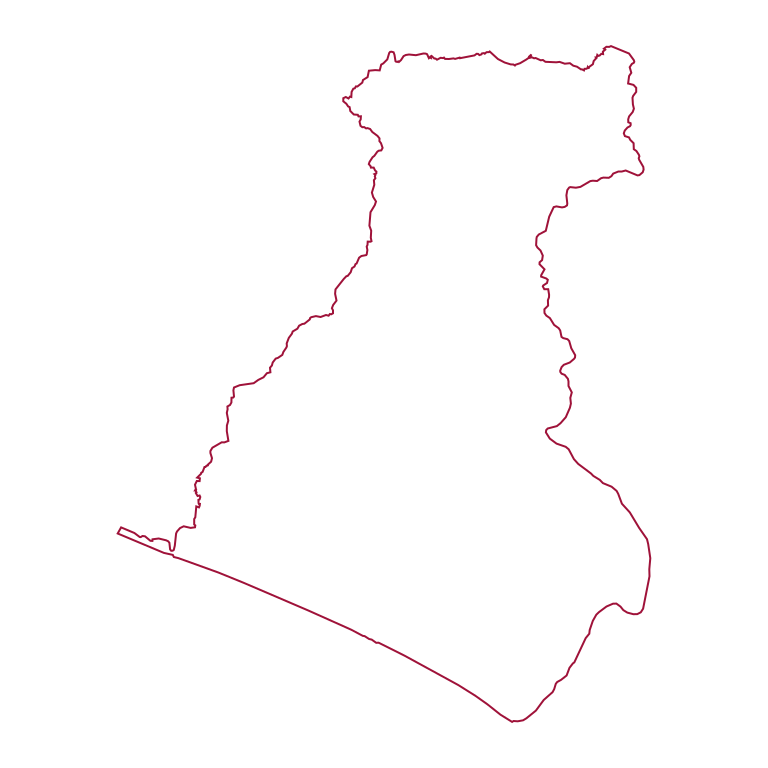 outline of Kulon Progo, Yogyakarta, Indonesia
{"feature_id": "22746128B43033686501526", "entity_name": "Kulon Progo", "entity_type": "district", "adm_level": 2, "iso_a3": "IDN", "parent_name": "Indonesia", "parent_adm1": "Yogyakarta", "projection": "orthographic", "projection_center": [110.154, -7.813], "detail": "fine", "context": "isolated", "style": "outline", "palette": "rose", "viewbox_px": 768, "rotation_deg": 0, "n_neighbors": 0, "source": "geoboundaries", "source_scale": "gbopen_adm2", "svg_char_len": 5998}
<svg xmlns="http://www.w3.org/2000/svg" viewBox="0 0 768 768"><path d="M571.8,392.4L568.5,386.0L568.5,381.4L567.9,378.8L564.7,374.9L561.6,373.7L560.3,371.9L560.2,370.7L561.6,367.1L563.8,364.8L569.8,362.5L574.1,358.8L575.0,357.5L575.2,355.2L571.3,348.3L569.2,341.0L567.5,339.2L563.2,338.1L561.5,336.9L560.2,330.5L558.7,328.2L554.1,324.9L549.9,318.1L546.3,315.6L544.5,313.0L544.4,309.3L548.1,305.6L547.9,300.2L549.0,297.3L549.1,294.8L548.2,289.2L544.3,289.2L542.8,286.4L543.2,285.5L547.0,283.0L547.8,279.8L546.3,278.5L541.1,276.6L541.2,275.2L544.5,269.3L539.5,264.2L539.6,262.3L542.1,260.1L542.8,255.6L540.5,250.5L537.4,247.5L536.1,245.2L536.5,238.3L536.8,236.9L538.8,234.5L545.8,230.8L549.2,216.7L553.7,207.1L556.4,206.4L562.0,207.4L564.7,206.9L567.0,205.4L567.3,203.6L566.4,195.3L567.3,190.1L569.1,187.6L570.2,187.1L575.9,187.7L580.4,186.9L590.3,181.1L592.8,180.7L597.1,181.0L601.1,178.2L603.4,177.6L608.8,177.8L611.4,176.2L613.2,173.6L618.4,171.5L621.9,171.5L625.7,170.5L637.5,175.4L639.4,175.1L642.7,172.3L643.6,169.6L643.3,166.9L639.2,159.8L638.7,158.2L639.4,156.3L638.9,154.8L636.4,151.0L633.8,149.2L633.6,143.2L630.2,139.8L629.0,137.4L624.9,136.1L623.8,133.3L624.8,130.5L627.5,127.5L630.0,126.2L630.7,125.0L630.6,123.2L628.3,122.3L628.2,119.3L629.1,116.4L632.7,112.0L633.9,108.7L632.9,104.4L632.5,97.7L633.2,95.8L636.2,91.9L636.2,87.8L633.5,84.9L628.1,83.5L629.1,76.0L631.3,72.8L629.7,67.2L631.8,64.0L633.9,62.7L634.3,61.7L633.8,60.1L629.0,53.5L611.0,46.1L609.2,46.9L606.4,46.8L603.9,48.7L605.2,49.7L602.9,51.6L603.1,54.1L601.3,53.8L599.7,55.5L598.3,55.9L597.3,54.9L596.6,57.7L595.7,57.5L595.9,58.6L593.7,61.0L592.9,64.2L589.2,66.9L588.8,68.0L588.2,68.1L587.7,67.2L587.4,68.2L586.3,68.8L584.5,68.8L584.0,70.4L581.9,69.3L581.0,69.4L577.0,66.7L573.3,65.7L569.9,63.2L564.8,63.7L559.6,61.9L556.3,62.3L545.4,61.8L542.9,60.0L540.7,60.3L535.6,58.0L534.1,58.3L531.9,57.3L529.9,57.8L531.4,54.5L529.0,56.7L528.5,58.0L526.2,59.6L520.1,63.2L515.4,64.8L514.9,65.5L513.4,64.5L510.7,64.4L504.6,62.5L497.9,59.0L489.7,51.5L489.0,52.1L486.5,52.2L484.8,53.7L484.0,53.1L482.0,53.4L481.4,54.4L479.4,55.1L478.1,53.9L476.6,53.8L474.5,55.4L460.0,58.2L459.7,57.6L455.1,58.9L453.5,58.4L449.0,59.0L445.0,58.9L444.0,57.6L443.1,58.1L440.6,57.8L437.0,59.7L435.6,58.6L434.3,58.5L431.5,55.9L430.5,56.5L430.8,57.9L429.8,57.4L428.9,58.2L427.1,54.2L425.7,53.6L423.4,53.5L415.9,55.2L409.0,54.5L405.8,55.0L403.6,56.1L401.0,60.1L398.9,62.0L398.2,61.4L397.5,61.9L396.1,61.7L395.5,61.2L394.5,54.9L393.6,52.3L391.5,51.7L390.1,51.9L389.2,53.0L387.3,59.4L383.3,63.4L381.2,64.6L379.7,70.4L375.3,70.1L368.9,70.7L367.6,77.1L363.0,80.0L362.3,82.6L357.4,86.5L355.9,86.4L354.8,88.3L353.3,88.7L351.6,91.9L351.3,97.0L350.0,96.6L348.5,98.5L345.8,97.0L343.3,98.2L343.3,101.3L346.4,103.8L348.1,106.4L349.6,107.1L350.3,111.0L353.8,114.5L357.8,114.8L358.5,116.4L360.9,116.3L360.7,119.4L359.5,121.6L360.5,125.8L362.3,127.2L364.2,127.1L366.1,128.4L367.5,128.1L370.1,129.0L372.3,132.0L377.5,135.9L379.5,138.4L379.4,141.1L381.0,143.2L382.6,147.9L381.3,150.4L378.7,150.7L377.3,151.7L374.3,155.9L372.6,157.2L369.6,161.8L368.8,164.1L370.7,166.4L370.9,167.6L373.7,167.6L375.1,170.5L376.4,171.6L376.3,173.3L374.4,174.1L375.4,175.0L374.8,176.4L375.4,178.2L373.9,180.2L374.3,184.8L371.9,192.6L373.2,197.0L376.0,201.5L374.8,205.1L370.5,212.2L369.4,225.7L371.2,230.7L370.8,237.8L371.5,241.2L370.6,241.7L367.7,241.6L367.5,244.9L366.7,246.6L367.4,250.0L366.7,254.4L366.2,255.1L361.4,256.0L359.1,257.7L356.6,263.5L355.5,264.1L354.5,266.5L352.0,268.2L350.7,272.2L347.7,275.9L346.4,276.2L343.8,278.9L335.5,289.4L335.1,293.8L336.5,300.6L333.2,304.9L331.9,308.2L333.0,310.3L333.0,313.3L331.2,314.3L329.9,314.0L328.6,315.7L326.0,315.0L320.6,317.0L315.9,316.1L311.2,317.2L310.0,318.2L309.8,319.4L304.4,323.7L302.3,324.0L299.1,325.7L297.4,328.7L292.7,331.5L291.9,333.7L288.8,337.9L286.7,343.4L286.9,346.1L286.4,347.5L283.4,351.9L282.3,354.9L277.9,357.9L275.7,358.6L272.7,362.5L271.9,365.5L270.0,367.7L270.4,372.3L266.9,373.2L263.5,377.3L258.3,379.9L253.7,383.2L239.7,385.2L234.0,387.5L233.4,390.3L234.0,396.6L233.3,397.5L231.5,397.7L231.4,402.5L230.0,405.0L227.4,406.5L227.6,409.3L226.8,412.9L228.3,420.7L226.9,425.5L226.8,431.1L228.4,440.9L224.3,442.4L221.7,442.3L212.4,447.7L210.4,451.0L210.4,453.0L212.0,458.2L211.1,461.7L207.6,464.9L207.8,465.4L206.1,466.1L205.5,467.0L204.5,467.0L202.6,471.9L201.2,472.8L201.1,473.7L197.2,477.6L199.9,478.3L199.6,481.1L196.8,481.0L195.0,484.7L195.9,488.9L195.1,490.3L196.0,490.2L195.8,491.3L196.5,492.3L195.8,493.0L197.6,496.0L199.6,495.5L200.3,497.0L199.6,499.4L198.4,499.9L198.6,503.3L199.0,504.1L199.9,504.0L199.7,505.7L199.0,507.4L196.3,506.4L195.3,517.3L194.2,519.0L194.2,524.5L195.3,525.4L195.0,527.3L190.6,527.9L183.7,526.3L180.0,528.1L177.0,531.5L176.1,533.5L174.8,545.7L173.8,549.9L172.7,550.7L171.2,550.8L170.1,549.4L169.4,542.8L168.2,541.3L166.1,540.3L158.7,538.5L152.5,539.3L152.4,540.9L150.4,540.8L145.0,536.3L142.5,536.0L140.7,537.1L139.7,537.0L134.4,533.0L121.1,527.4L117.7,533.5L163.9,552.9L172.8,554.9L173.8,557.0L178.3,558.1L218.3,572.5L243.4,582.7L308.3,610.5L351.2,629.7L362.9,635.9L364.6,636.1L369.1,639.0L371.7,639.6L376.2,642.8L378.6,642.7L404.6,655.7L458.2,685.0L475.4,695.8L487.4,704.3L500.5,714.7L512.1,721.9L513.6,721.0L517.7,721.3L523.1,720.3L526.4,718.3L535.9,710.6L543.7,700.0L552.6,692.1L554.2,689.1L555.8,683.8L557.2,682.0L561.0,679.9L566.6,675.5L569.5,667.8L572.9,663.4L574.3,662.4L585.7,638.1L589.3,633.7L589.7,630.0L592.8,620.9L596.3,614.7L598.9,612.2L606.5,606.5L613.0,603.7L616.4,603.6L620.5,606.6L623.3,610.1L627.3,612.6L633.4,614.2L637.3,614.1L640.8,612.3L643.1,608.7L649.5,576.3L649.3,569.3L650.3,558.2L648.2,544.1L647.0,539.2L639.2,528.0L629.8,512.4L621.9,503.7L618.2,493.8L616.6,490.9L611.6,486.7L602.9,483.1L599.8,479.9L593.3,475.9L591.0,473.5L578.2,463.9L573.9,459.1L568.7,449.3L565.7,446.8L556.5,443.6L549.8,438.6L545.9,432.4L546.2,430.1L547.7,428.5L556.9,426.1L560.6,423.1L565.8,417.2L569.9,407.8L570.9,403.6L570.3,397.9L571.8,392.4Z" fill="none" stroke="#9f1239" stroke-width="2"/></svg>